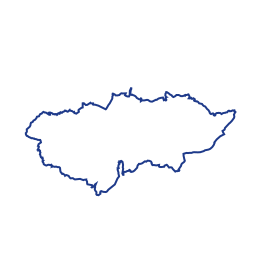 the district of Ponoarele, Mehedinti, Romania, rotated 310°
{"feature_id": "2599482B4179023140434", "entity_name": "Ponoarele", "entity_type": "district", "adm_level": 2, "iso_a3": "ROU", "parent_name": "Romania", "parent_adm1": "Mehedinti", "projection": "orthographic", "projection_center": [22.761, 44.974], "detail": "fine", "context": "isolated", "style": "outline", "palette": "blue", "viewbox_px": 256, "rotation_deg": 310, "n_neighbors": 0, "source": "geoboundaries", "source_scale": "gbopen_adm2", "svg_char_len": 5735}
<svg xmlns="http://www.w3.org/2000/svg" viewBox="0 0 256 256"><g transform="rotate(310 128 128)"><path d="M208.6,196.7L207.4,196.3L206.3,195.3L206.4,194.7L205.9,194.0L205.4,193.8L203.8,193.9L203.0,193.1L202.1,192.7L201.8,192.3L200.4,191.2L198.8,190.7L198.8,189.3L198.7,188.9L197.7,187.5L197.3,187.3L196.7,186.5L195.0,185.9L193.8,186.7L193.2,186.4L192.9,185.5L193.8,184.3L193.9,183.9L193.5,183.4L192.1,182.7L191.9,182.1L192.2,180.7L192.7,180.3L193.4,178.1L193.4,176.2L194.1,173.4L193.6,171.9L193.6,170.8L194.0,169.2L192.6,166.6L193.0,165.2L192.9,164.0L192.3,163.4L192.3,162.9L191.9,162.5L191.4,161.4L191.5,161.0L192.7,160.9L193.0,160.5L192.8,159.0L191.9,158.7L191.4,158.2L191.7,157.3L191.7,156.7L191.5,156.3L191.2,156.1L190.9,156.5L190.5,156.5L189.8,155.5L191.2,155.3L192.0,154.2L192.6,152.7L192.4,152.5L191.0,151.8L190.2,150.6L189.9,150.5L189.3,150.9L188.8,150.1L187.6,149.4L186.4,148.0L185.9,145.7L184.4,143.9L182.7,143.7L180.9,142.9L180.8,142.4L180.8,141.3L181.1,140.4L180.6,138.4L180.7,138.0L180.7,136.8L180.4,134.6L180.0,134.2L179.5,134.6L178.5,134.6L176.9,135.7L176.5,136.7L176.2,137.0L176.3,137.5L175.8,137.2L175.3,137.5L174.3,138.9L174.2,139.3L173.7,139.4L173.2,139.0L173.1,138.3L173.2,137.8L172.4,137.5L173.8,135.2L172.1,133.7L170.1,132.4L168.0,131.9L167.5,131.2L163.8,129.6L163.1,128.7L162.6,127.8L162.3,125.3L161.7,124.4L159.7,122.8L158.0,120.9L156.8,120.6L157.5,120.0L158.6,119.9L159.1,119.2L158.9,118.8L158.0,119.0L157.6,118.7L157.1,117.9L156.7,115.3L157.0,114.4L157.1,113.1L156.7,111.3L156.3,110.5L156.3,109.9L155.9,109.5L155.6,109.4L155.4,108.9L155.5,108.2L156.5,107.2L158.7,105.8L159.9,105.5L161.2,104.5L157.7,105.5L154.3,108.1L152.8,108.5L151.8,107.3L151.3,105.9L151.2,104.6L153.1,104.0L150.9,101.6L150.6,100.9L149.6,100.3L147.7,100.2L146.0,98.8L145.0,97.5L145.2,96.4L144.7,94.4L144.5,94.2L143.9,94.5L143.7,95.4L142.2,95.7L140.7,96.9L139.9,97.2L135.0,98.2L133.4,98.2L128.7,99.0L128.0,98.9L126.1,91.0L124.7,87.8L123.6,86.5L123.5,86.1L124.4,85.4L123.3,84.1L122.9,83.5L123.1,83.0L119.5,81.9L118.5,80.9L118.6,80.3L118.4,79.3L118.6,78.4L118.1,77.6L117.8,77.4L114.6,80.1L113.6,79.4L110.3,78.5L109.7,78.7L109.0,79.8L108.6,80.0L106.9,79.4L105.8,79.2L105.6,78.8L105.3,77.7L105.0,77.4L105.6,76.5L105.3,76.4L105.1,75.5L105.0,74.2L104.5,73.5L104.5,72.7L103.6,72.0L103.9,71.7L102.0,71.5L101.7,71.3L101.5,71.0L101.5,70.3L101.1,69.3L101.2,69.1L100.9,68.6L100.5,68.8L100.0,68.4L99.2,68.3L98.6,67.8L97.1,67.6L96.9,66.3L96.2,66.0L95.8,66.4L94.9,66.5L94.6,65.7L94.6,65.2L93.7,64.9L92.9,65.3L92.5,65.2L92.7,64.7L91.7,63.6L92.0,63.4L90.4,61.7L90.6,61.2L90.5,60.3L89.7,58.2L88.9,57.6L88.0,59.2L88.2,59.7L88.1,59.8L87.5,59.2L87.0,55.1L86.3,54.2L86.1,53.1L85.8,53.1L85.3,52.6L83.4,52.6L82.5,51.9L81.9,51.8L79.8,52.3L78.1,51.0L76.6,51.5L74.6,51.5L72.9,50.8L71.4,51.1L69.7,50.3L68.6,50.7L67.2,51.6L65.8,51.9L61.9,51.3L60.3,52.8L59.3,53.1L58.4,53.0L57.4,54.0L56.9,55.5L57.3,56.1L57.3,57.6L57.8,59.1L57.8,59.5L58.0,59.8L58.1,60.6L58.8,61.3L59.2,62.4L59.6,62.8L59.5,63.3L60.6,65.2L60.9,66.5L62.3,68.3L62.1,68.5L62.2,69.0L61.0,70.6L58.2,69.9L56.4,70.6L56.6,71.0L56.3,71.9L55.0,72.2L54.3,72.7L53.2,72.8L53.3,73.5L53.1,73.7L53.4,73.9L54.2,73.4L54.2,73.8L53.9,74.2L54.1,75.0L54.0,75.3L53.2,75.8L53.0,76.6L51.1,77.5L51.1,78.0L50.1,79.3L49.7,80.0L49.6,81.1L50.2,81.1L50.4,81.5L49.9,81.9L49.9,82.3L48.4,83.3L48.2,83.8L48.4,84.1L47.3,84.2L47.2,84.4L47.0,85.5L46.1,86.8L46.4,88.7L46.8,89.6L48.2,90.3L49.0,91.0L49.6,92.3L50.6,92.9L50.4,93.5L49.9,93.9L50.3,93.9L50.3,94.3L49.6,94.8L50.6,95.6L51.2,96.9L52.2,97.7L52.8,99.3L53.7,100.3L53.8,101.3L53.7,101.6L51.5,103.9L51.0,104.8L50.6,106.7L50.8,106.9L50.6,107.2L51.2,107.8L51.1,108.1L51.4,109.2L51.4,109.9L51.0,110.5L51.7,110.7L52.4,111.1L53.1,113.2L53.1,113.6L52.6,115.0L52.5,116.3L54.1,118.0L54.3,119.9L54.6,120.5L58.2,124.0L59.4,127.3L59.9,127.5L61.7,129.1L61.2,129.5L61.0,130.3L60.6,131.1L59.2,132.4L58.8,133.1L61.1,137.2L60.8,137.9L60.0,138.4L59.2,138.3L59.2,138.5L60.1,139.1L61.9,139.3L63.5,139.0L64.7,139.3L62.5,140.0L61.1,141.2L60.1,141.6L59.5,142.2L59.0,143.1L58.7,144.8L58.2,145.4L56.9,146.3L56.7,147.1L57.6,148.6L59.9,149.1L60.9,148.0L61.7,147.8L61.9,148.2L62.5,148.2L63.2,150.1L64.7,152.2L65.9,152.7L68.1,152.6L76.3,154.2L82.6,152.4L85.2,152.3L87.0,149.9L87.8,149.3L89.4,146.8L89.9,146.7L90.5,145.9L91.3,146.6L92.4,145.2L93.7,144.5L94.7,144.6L95.7,142.9L96.7,143.1L96.9,142.9L97.2,143.4L97.1,144.2L97.6,144.1L97.8,143.6L98.4,143.9L98.5,144.4L98.3,144.6L98.5,144.9L98.5,145.6L96.6,147.9L94.4,149.4L93.8,150.4L89.5,152.9L88.8,154.8L88.5,155.2L90.9,153.2L91.6,152.9L92.9,154.4L94.6,155.1L95.3,155.8L96.8,156.0L96.9,156.7L96.3,156.9L96.7,158.2L96.3,158.4L96.5,158.8L97.8,159.8L99.5,160.3L103.5,160.5L104.7,159.8L105.9,159.4L106.5,159.6L107.5,159.4L108.5,160.6L109.3,161.1L110.2,161.6L113.2,162.3L113.5,162.6L113.9,163.6L115.6,164.0L116.7,165.7L117.1,167.3L116.4,168.8L115.9,168.9L115.3,170.4L115.4,170.8L116.2,171.5L117.5,173.7L119.7,175.5L118.6,176.2L118.4,177.0L119.3,178.4L121.6,180.6L122.7,180.2L124.7,181.3L124.7,182.0L124.1,184.9L125.5,186.1L125.9,187.1L125.4,188.6L125.0,192.2L125.8,192.5L126.6,193.5L127.4,194.0L127.8,194.6L128.5,194.6L128.9,194.1L128.8,193.4L133.0,193.0L134.4,192.3L135.4,192.2L138.1,192.8L139.1,192.7L139.7,192.3L139.7,192.0L142.4,188.5L143.9,187.1L146.5,188.8L147.4,190.1L148.6,191.2L149.8,192.7L151.3,193.5L152.2,194.5L154.3,197.2L155.9,198.9L159.0,200.9L160.4,201.3L163.3,203.6L165.0,204.4L167.6,204.8L170.0,204.6L172.3,203.9L172.5,203.4L176.3,203.3L181.0,204.0L185.0,205.7L185.8,203.6L186.5,202.3L188.7,203.0L189.0,203.0L190.2,202.3L190.7,202.3L196.8,202.6L197.3,202.8L200.3,203.0L204.0,202.7L205.1,202.1L206.4,200.5L207.8,200.3L208.4,199.9L209.3,200.0L209.4,198.9L209.9,198.2L209.0,197.6L209.0,197.1L208.6,196.7Z" fill="none" stroke="#1e3a8a" stroke-width="2"/></g></svg>